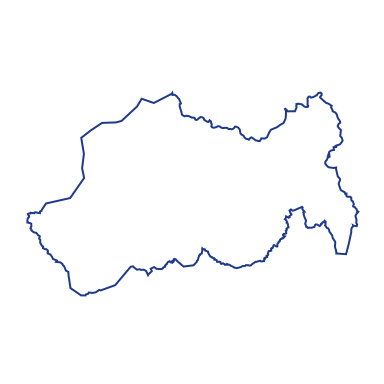 Nuevo Urecho, Michoacán, Mexico, rotated 88°
{"feature_id": "50627088B91351647452865", "entity_name": "Nuevo Urecho", "entity_type": "district", "adm_level": 2, "iso_a3": "MEX", "parent_name": "Mexico", "parent_adm1": "Michoacán", "projection": "robinson", "projection_center": [-101.855, 19.159], "detail": "fine", "context": "isolated", "style": "outline", "palette": "blue", "viewbox_px": 384, "rotation_deg": 88, "n_neighbors": 0, "source": "geoboundaries", "source_scale": "gbopen_adm2", "svg_char_len": 5955}
<svg xmlns="http://www.w3.org/2000/svg" viewBox="0 0 384 384"><g transform="rotate(88 192 192)"><path d="M248.2,338.3L248.1,337.9L248.7,337.5L249.6,335.6L251.8,334.2L254.1,333.2L255.8,329.4L257.1,330.3L257.7,326.1L259.3,324.1L260.7,323.5L261.7,322.4L266.1,320.8L267.5,318.4L271.0,318.3L283.8,316.8L291.5,306.4L291.6,302.0L290.6,301.5L290.2,299.5L288.9,298.6L289.4,294.7L288.8,291.4L286.6,288.2L287.2,286.8L282.4,272.0L264.6,255.9L264.5,255.5L264.3,253.4L265.8,252.2L267.7,249.6L267.4,247.2L268.1,245.3L267.9,243.6L268.5,241.8L269.4,240.6L273.6,238.8L272.1,237.8L269.9,235.0L269.3,235.0L267.2,235.9L265.7,232.4L267.6,230.0L268.0,225.4L267.7,224.6L267.1,223.6L266.3,223.2L265.7,221.4L264.5,221.4L264.0,220.7L263.6,220.7L263.1,219.6L261.6,219.0L260.6,217.6L260.4,216.8L261.4,216.1L262.0,214.1L261.5,213.8L260.9,214.6L260.4,214.2L261.2,213.5L261.2,213.0L260.1,212.5L258.5,212.6L258.4,212.3L259.1,212.1L258.6,211.0L259.0,210.3L259.7,210.0L266.2,203.1L265.3,193.0L262.0,189.7L260.9,189.4L260.4,188.6L257.9,187.9L256.3,187.1L255.7,187.1L255.4,186.3L254.4,186.0L253.8,184.3L252.2,184.2L250.5,183.6L249.4,183.9L248.7,183.7L249.3,183.2L249.8,181.1L250.9,181.0L252.2,178.0L253.6,177.9L257.2,175.9L257.5,174.5L258.4,174.1L259.0,172.0L259.5,171.6L260.4,172.0L260.9,169.8L262.8,169.3L262.6,167.3L262.9,166.1L264.5,165.8L264.9,165.1L264.3,163.5L265.1,162.5L265.2,161.9L265.9,161.6L265.9,159.9L265.1,159.6L265.2,159.2L265.9,158.2L266.1,156.8L267.0,155.9L268.1,153.6L269.1,152.3L269.6,149.8L268.8,146.0L267.8,144.1L267.8,142.0L267.5,141.1L267.0,140.7L267.1,138.2L267.6,137.2L267.3,135.6L266.3,134.6L264.0,130.9L264.0,130.0L263.1,126.3L263.8,125.2L263.6,122.5L262.6,122.5L261.9,121.6L260.7,122.1L260.3,121.7L260.3,120.8L260.0,120.7L259.7,119.2L258.3,119.6L258.3,118.9L257.3,118.0L256.0,118.3L254.0,117.6L253.6,117.1L253.8,116.0L253.4,114.8L251.9,115.0L251.4,114.5L251.1,114.7L250.6,113.9L250.7,113.3L248.0,112.3L247.9,111.9L249.4,109.5L249.4,108.6L246.6,108.4L245.5,107.1L244.6,107.0L244.3,106.0L242.9,105.7L242.1,104.9L242.1,104.3L241.5,104.0L241.3,103.5L241.6,103.2L241.3,102.4L239.5,100.7L239.1,102.2L237.9,102.5L237.1,101.9L237.1,100.6L236.6,99.3L234.6,99.3L234.1,99.6L233.2,98.6L232.1,98.9L231.4,98.1L230.7,96.8L226.5,97.6L226.0,98.5L225.3,98.1L223.5,98.8L222.4,100.1L221.3,99.2L219.6,98.8L221.1,96.3L220.7,95.4L219.7,95.6L218.1,93.4L217.3,93.5L216.6,94.3L213.9,95.2L212.9,93.7L214.1,92.3L214.0,90.8L210.7,82.5L211.4,82.0L212.0,82.4L213.0,82.2L215.3,80.6L215.2,81.1L216.3,81.5L217.4,81.0L218.4,81.2L221.2,80.4L224.6,79.0L227.8,80.0L229.2,79.4L230.9,79.0L231.1,78.1L232.0,77.4L231.7,76.0L231.9,73.9L231.2,70.9L229.4,70.2L228.7,69.3L229.0,67.8L230.5,65.5L230.0,64.8L228.3,64.1L228.3,63.5L226.8,62.6L226.9,61.5L225.4,60.6L226.3,59.5L229.8,59.8L230.0,60.1L232.5,58.5L233.2,57.1L234.7,56.3L236.3,56.1L240.2,53.5L242.8,53.0L246.6,50.7L247.7,50.6L251.5,51.1L254.5,50.4L255.3,50.0L256.5,50.1L257.2,49.7L258.5,49.9L259.5,40.2L250.3,37.4L238.0,34.3L235.1,34.1L233.2,33.5L231.8,32.0L230.9,32.2L231.4,31.4L231.9,28.6L230.3,28.1L228.4,29.0L226.8,28.6L225.3,28.6L221.7,29.5L221.0,29.3L219.2,28.0L218.5,28.0L218.5,27.2L217.6,26.4L216.4,27.8L214.7,28.2L213.9,29.2L213.0,29.5L212.2,31.3L211.7,31.5L209.8,30.7L206.9,31.6L206.6,32.3L205.5,33.1L203.5,33.0L202.3,33.9L202.3,35.5L202.0,37.0L201.3,37.9L199.0,37.7L199.2,38.9L197.6,39.4L195.6,42.8L195.0,43.4L189.6,45.0L188.3,45.0L185.3,43.7L184.2,43.6L181.4,45.8L173.8,47.3L172.6,47.1L172.9,50.0L172.0,54.8L170.0,56.7L168.0,57.9L166.2,57.6L164.6,56.1L162.6,55.3L161.5,53.3L159.5,53.5L160.0,54.6L156.7,53.4L155.3,51.4L154.9,48.6L152.1,48.9L152.1,46.3L151.5,46.2L150.8,46.6L149.5,42.4L146.7,40.1L145.8,39.7L143.1,40.4L141.2,41.9L135.3,41.0L132.8,43.3L131.1,44.1L129.1,43.1L128.0,41.6L127.6,41.4L125.7,42.0L124.4,43.0L122.5,43.9L119.6,44.6L117.7,45.8L116.2,48.6L115.0,48.7L112.2,50.1L110.7,49.4L108.5,52.5L107.5,55.1L106.5,55.9L106.1,56.7L105.9,56.7L102.0,60.7L101.2,60.5L99.9,59.2L98.4,58.9L97.2,59.9L97.3,61.4L97.7,62.5L99.8,64.0L99.8,64.6L100.7,66.0L101.5,68.0L101.8,69.8L100.7,71.0L100.7,71.8L101.5,72.7L102.7,73.4L104.8,73.2L108.9,73.5L109.8,72.8L110.7,73.0L111.0,73.5L111.0,75.5L110.3,77.1L108.2,79.1L107.4,83.4L107.8,84.4L108.2,84.0L109.3,84.8L111.3,84.6L114.9,86.3L114.7,93.6L114.2,94.3L113.4,94.4L111.5,96.5L114.4,95.2L119.1,95.5L122.2,96.0L126.3,98.2L128.1,101.7L130.2,104.7L132.5,110.9L134.5,112.4L139.9,115.1L141.0,117.1L141.1,118.0L140.8,120.9L141.9,121.3L143.4,122.6L143.4,124.1L142.9,125.0L142.7,126.5L139.5,130.5L139.9,131.7L141.7,133.3L141.2,133.8L140.8,136.0L139.6,137.4L137.4,138.6L136.3,140.6L134.9,141.6L131.2,142.1L130.2,142.8L129.2,143.7L128.3,145.5L128.2,146.8L129.4,147.6L130.1,148.4L130.6,149.6L130.7,150.5L130.3,151.7L130.4,153.2L129.3,154.4L129.0,155.9L129.2,159.3L128.4,160.9L127.4,162.0L127.2,164.0L128.1,165.8L128.5,167.7L128.4,168.8L127.6,170.1L127.1,170.4L125.0,169.8L124.0,170.4L122.3,170.6L121.6,171.1L121.0,171.9L121.5,172.1L122.1,173.2L122.3,172.8L122.6,173.5L122.1,174.7L120.2,177.4L118.9,177.6L117.8,178.9L117.4,181.0L120.1,184.6L120.1,185.4L119.7,186.2L118.1,186.8L117.8,187.5L117.6,189.7L116.0,192.5L115.9,194.2L115.6,195.2L116.1,197.0L114.5,199.2L113.7,199.5L111.7,199.8L106.2,201.3L103.8,201.2L103.2,200.0L98.5,201.7L97.4,202.9L95.9,203.8L94.2,206.0L94.3,208.1L92.4,208.3L93.2,208.9L101.7,227.0L97.1,239.0L104.7,244.0L118.5,259.9L119.8,265.4L119.8,279.5L127.0,291.1L134.0,300.8L150.1,298.7L164.5,301.0L174.2,299.3L193.8,314.0L198.4,338.4L205.2,343.1L205.7,343.1L206.2,344.6L207.9,344.7L206.8,349.4L207.3,350.8L207.6,350.7L207.5,352.4L207.1,353.8L207.8,354.1L207.6,355.4L208.3,356.8L210.2,356.0L210.3,355.6L211.1,355.6L212.7,357.1L215.3,357.6L216.0,357.2L216.8,357.5L217.5,354.6L218.0,353.8L220.6,353.7L221.5,354.3L222.8,354.7L223.7,353.8L224.9,353.8L226.8,351.4L227.4,349.0L229.8,347.3L231.0,345.6L233.3,346.4L234.4,345.3L237.4,345.5L240.5,343.9L241.3,342.7L242.9,342.9L244.0,340.8L244.1,339.6L245.3,338.2L246.4,338.0L247.7,338.5L248.2,338.3Z" fill="none" stroke="#1e3a8a" stroke-width="2"/></g></svg>